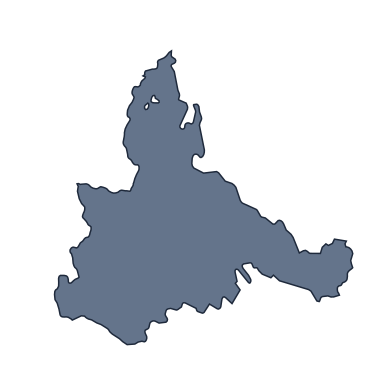 SVG path tracing the border of Zaragoza, rotated 352°
{"feature_id": "ESP-5853", "entity_name": "Zaragoza", "entity_type": "Autonomous Community", "adm_level": 1, "iso_a3": "ESP", "parent_name": "Spain", "parent_adm1": "", "projection": "mercator", "projection_center": [-1.121, 41.843], "detail": "fine", "context": "isolated", "style": "filled", "palette": "slate", "viewbox_px": 384, "rotation_deg": 352, "n_neighbors": 0, "source": "natural_earth", "source_scale": "10m", "svg_char_len": 5971}
<svg xmlns="http://www.w3.org/2000/svg" viewBox="0 0 384 384"><g transform="rotate(352 192 192)"><path d="M171.0,65.0L173.4,65.0L174.7,64.3L175.2,63.4L175.8,61.2L176.0,60.1L175.9,59.0L176.2,57.9L177.1,56.9L182.7,55.4L184.2,54.6L185.7,53.6L188.8,50.6L191.3,49.4L190.4,53.8L190.7,55.2L193.8,58.1L194.2,59.6L193.6,61.2L192.4,62.0L189.8,62.8L189.2,63.4L188.9,64.1L188.9,64.9L191.2,70.2L192.2,89.3L193.1,92.9L193.1,94.0L193.0,95.0L191.7,98.0L191.6,98.6L192.0,99.1L198.6,103.2L199.4,106.3L199.5,107.4L199.0,109.4L189.1,124.9L189.1,126.4L189.9,127.7L191.2,128.4L192.6,128.3L193.6,127.4L194.4,124.6L195.2,123.6L196.3,123.1L197.5,123.0L198.5,123.2L200.1,124.2L200.9,124.5L201.9,124.2L202.6,123.7L203.1,122.9L206.8,113.2L206.8,111.7L205.7,107.2L205.6,106.1L205.9,105.7L208.8,105.7L209.4,106.0L210.0,106.7L210.7,108.3L210.6,113.8L211.7,119.0L211.7,120.7L211.3,121.8L209.5,124.6L208.6,127.0L210.1,152.1L209.7,154.4L208.8,156.6L207.4,158.4L205.7,159.1L204.9,158.8L203.0,156.0L202.2,155.4L201.3,155.1L200.3,155.0L199.4,155.2L198.6,155.8L197.9,156.6L196.9,158.6L195.8,163.8L196.0,166.3L197.2,168.6L206.1,174.9L219.2,175.2L221.0,176.7L226.4,185.9L232.7,189.1L234.6,191.0L236.1,193.5L238.6,207.0L239.3,208.6L240.3,210.0L253.1,218.1L254.0,219.1L256.6,225.6L257.4,226.5L261.0,227.9L267.5,234.9L269.0,235.3L269.8,235.1L273.3,232.3L274.7,232.2L276.1,232.9L277.4,234.3L278.3,236.4L280.0,242.8L284.2,247.7L285.8,251.1L289.8,267.3L294.1,265.7L296.3,265.6L298.0,266.9L299.5,268.7L300.3,269.2L310.6,270.7L313.3,264.9L317.4,262.0L319.6,263.9L323.9,262.5L326.5,258.5L338.0,262.1L336.3,264.6L336.7,267.7L337.6,267.9L339.6,268.9L341.1,270.5L342.2,272.6L342.6,275.4L339.6,282.0L339.9,285.6L340.6,289.3L340.3,289.6L339.1,290.4L337.8,291.1L336.0,292.3L335.0,293.4L334.5,294.5L334.3,295.7L334.2,297.0L333.4,299.9L332.7,301.0L331.7,301.8L330.7,302.3L328.6,302.8L327.8,303.6L327.4,304.4L326.7,305.1L325.6,305.4L324.5,305.4L323.3,306.1L322.7,307.0L322.4,308.3L322.3,309.4L322.3,310.6L322.6,311.8L323.1,312.6L323.6,314.7L317.8,315.6L315.0,315.3L312.1,313.8L306.6,313.7L305.4,314.2L304.9,314.6L304.5,315.2L303.3,317.6L302.7,318.2L300.5,317.3L296.0,306.7L293.8,304.8L266.3,292.1L261.1,285.7L258.2,287.9L250.1,283.1L247.2,279.2L246.1,276.5L245.4,276.0L243.1,275.8L242.4,275.2L242.1,274.4L241.4,271.6L240.7,270.6L239.8,270.2L233.0,270.4L231.6,271.4L231.4,273.0L232.0,274.9L236.4,282.4L237.9,286.6L238.0,287.5L237.8,288.6L237.0,290.0L236.1,290.2L235.2,289.3L227.0,275.6L226.0,274.8L224.9,274.6L223.8,275.5L223.5,277.2L224.2,286.8L222.2,288.4L226.0,295.7L216.1,308.1L210.6,301.3L209.3,300.3L208.0,300.5L206.8,302.0L204.5,309.8L203.4,311.1L201.9,311.6L200.8,311.2L193.7,305.4L187.2,312.9L186.4,313.3L185.4,313.4L181.3,311.3L180.5,310.6L180.1,309.5L179.9,307.8L169.7,300.8L168.1,300.5L167.4,300.9L166.9,301.4L165.5,304.4L161.2,306.6L160.1,306.7L154.6,304.3L152.1,304.4L150.8,304.8L149.9,305.7L148.5,308.9L148.4,310.0L148.8,311.5L149.6,313.1L150.0,314.6L149.5,316.2L148.1,317.3L141.1,317.2L137.6,314.8L136.3,314.3L134.9,314.3L133.5,314.8L132.3,315.7L131.7,316.9L130.7,319.6L130.1,320.7L129.3,321.3L126.5,322.3L125.9,323.6L126.0,325.3L127.0,328.7L126.9,330.4L126.2,332.1L125.1,333.4L123.9,333.7L121.6,332.8L117.8,333.1L114.3,334.6L106.5,334.1L102.5,330.5L99.8,327.2L93.4,321.7L91.7,319.7L91.0,318.7L90.6,317.6L90.1,316.6L89.4,315.6L83.5,310.6L79.5,308.4L74.7,304.6L71.8,303.4L70.3,302.3L69.1,301.1L68.4,300.0L65.2,299.2L55.6,302.2L54.6,300.9L52.0,298.8L49.9,298.1L48.7,298.1L46.6,297.7L45.6,297.3L44.8,296.5L44.3,295.4L44.0,289.5L43.1,283.6L42.8,282.6L41.4,279.6L41.6,274.4L42.3,271.5L43.0,270.4L43.7,269.8L44.5,269.5L45.3,268.9L46.8,266.7L47.4,263.1L47.8,259.3L48.2,258.1L48.8,257.0L50.1,256.3L53.7,256.8L55.7,257.5L56.5,258.2L57.0,259.1L57.2,260.2L57.3,261.4L57.1,263.8L57.5,264.8L58.3,265.3L59.3,265.3L60.2,264.9L62.4,263.3L64.3,262.2L66.6,261.6L67.6,261.2L68.3,260.6L67.5,253.9L67.1,252.5L66.4,251.4L65.5,250.4L64.8,248.6L64.4,246.0L64.7,240.5L64.0,236.1L63.3,235.4L63.0,234.4L63.0,233.3L63.3,232.2L64.8,230.6L66.1,230.1L66.8,230.1L69.9,231.3L70.9,231.0L71.7,230.3L74.4,226.8L76.7,225.6L77.7,224.7L79.1,223.2L80.3,222.5L81.4,222.3L82.6,222.3L83.6,221.7L84.6,220.3L85.6,217.7L86.4,216.2L86.9,214.8L87.2,212.6L86.0,211.1L85.2,210.6L84.5,209.7L84.2,208.6L83.3,206.5L81.3,203.5L80.5,202.5L80.1,201.3L80.5,199.9L81.7,197.6L82.4,196.6L83.0,195.4L83.4,194.1L83.6,192.8L83.6,191.7L81.1,188.1L79.4,183.0L78.7,175.3L79.8,171.6L80.2,171.0L79.3,167.9L80.6,167.8L82.7,169.0L83.7,168.9L88.3,169.2L89.3,169.6L90.3,170.2L91.2,171.1L92.6,173.0L93.5,173.7L94.5,174.4L96.8,175.3L97.9,175.5L99.1,175.4L101.3,174.4L102.4,174.1L104.5,174.9L106.5,175.9L107.4,176.5L108.3,177.3L109.5,179.2L110.4,180.0L112.2,181.3L114.3,182.2L116.5,182.3L118.8,181.9L120.6,180.8L122.0,180.4L122.9,180.5L126.3,181.6L127.4,181.7L130.5,182.6L131.0,182.3L131.7,181.5L132.3,180.0L133.4,178.8L134.7,177.1L135.0,175.6L135.7,174.4L137.3,170.7L139.5,167.0L141.9,163.7L142.7,162.2L143.1,159.5L142.6,158.1L141.7,157.4L140.6,157.4L139.5,157.1L138.6,156.6L137.2,154.5L136.9,153.4L135.9,151.5L134.2,149.9L133.6,148.9L133.4,147.8L133.5,145.6L133.1,139.8L132.7,138.7L131.4,136.7L130.9,135.5L130.7,134.4L130.8,133.0L132.6,127.7L133.2,125.2L133.3,124.0L134.6,120.3L137.0,116.6L140.5,112.4L140.9,111.1L140.6,110.1L140.0,109.2L139.2,108.7L138.7,107.7L138.6,106.5L138.9,104.8L139.6,102.0L142.1,97.8L145.2,94.8L147.0,92.0L147.8,90.3L147.6,89.2L146.5,86.7L146.4,85.7L146.6,84.5L147.1,83.2L147.9,81.7L148.7,80.6L149.6,79.8L150.9,79.8L153.0,80.4L154.0,80.2L155.7,79.0L156.0,77.7L156.8,76.3L158.1,74.8L161.0,73.0L161.7,72.0L161.9,71.5L160.0,70.5L159.6,70.2L161.6,69.3L161.7,67.6L162.1,66.6L162.8,65.7L169.9,64.8L171.0,65.0ZM171.1,99.1L172.0,98.5L172.0,97.0L169.9,94.9L168.8,94.2L168.7,92.4L168.3,91.2L167.4,91.1L166.7,91.2L165.3,92.7L164.2,95.3L164.1,96.9L165.4,98.0L167.1,98.5L171.1,99.1ZM157.5,103.9L159.1,103.8L160.4,102.5L161.3,100.2L161.3,98.5L160.6,97.8L159.5,98.6L158.0,99.4L157.0,100.5L156.7,102.5L157.5,103.9Z" fill="#64748b" stroke="#1e293b" stroke-width="1.5"/></g></svg>